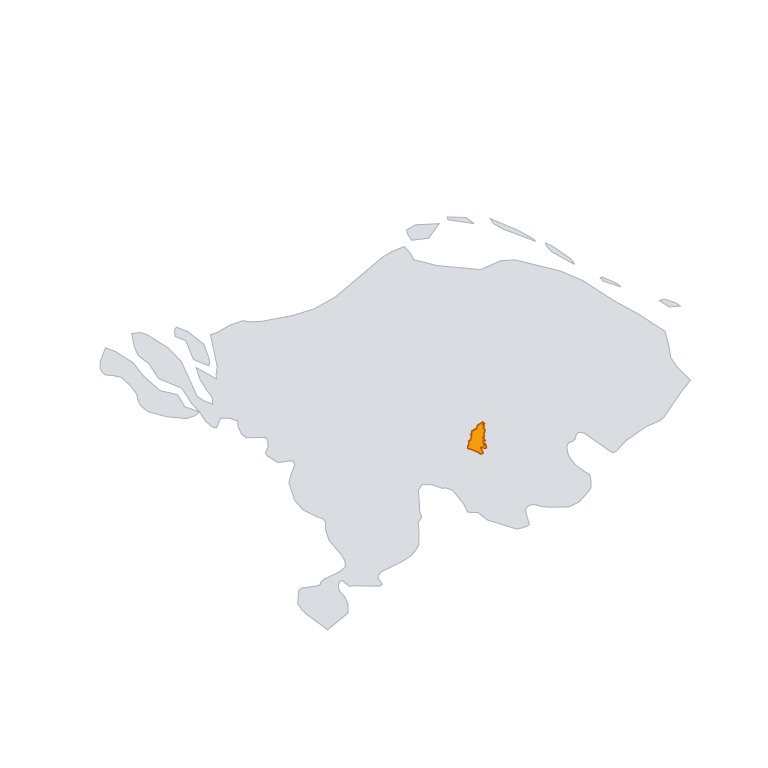 Voorst, Gelderland, Netherlands shown in context, rotated 35°
{"feature_id": "6326949B12732314693238", "entity_name": "Voorst", "entity_type": "district", "adm_level": 2, "iso_a3": "NLD", "parent_name": "Netherlands", "parent_adm1": "Gelderland", "projection": "equal_earth", "projection_center": [6.089, 52.237], "detail": "fine", "context": "in_parent", "style": "filled", "palette": "amber", "viewbox_px": 768, "rotation_deg": 35, "n_neighbors": 0, "source": "geoboundaries", "source_scale": "gbopen_adm2", "svg_char_len": 7056}
<svg xmlns="http://www.w3.org/2000/svg" viewBox="0 0 768 768"><g transform="rotate(35 384 384)"><path d="M478.7,617.7L465.5,617.3L453.1,617.0L446.5,616.1L439.5,613.6L436.3,608.5L432.5,602.2L433.5,598.4L445.2,587.6L446.9,584.6L445.7,583.0L446.9,578.2L455.9,562.1L457.1,555.6L453.1,551.1L447.3,548.4L428.6,543.6L419.8,536.9L415.7,531.0L411.5,529.4L405.4,531.3L389.9,533.5L377.3,530.4L362.5,519.2L359.2,509.3L357.4,501.7L353.7,499.1L348.7,503.0L342.3,509.2L329.9,509.9L326.3,508.5L325.7,505.1L325.1,501.8L321.7,497.7L318.0,495.5L302.1,506.9L296.2,506.8L288.8,502.5L285.2,498.2L277.0,500.6L269.7,505.9L272.1,515.9L268.1,517.7L259.1,516.8L249.0,512.7L237.7,510.2L220.6,503.4L196.5,508.9L179.9,502.3L166.1,501.6L157.5,496.3L148.4,487.3L155.1,481.5L161.5,479.4L186.8,478.3L205.2,481.9L238.1,501.3L246.5,501.1L255.4,498.7L250.9,493.4L242.7,490.9L230.4,485.6L220.7,478.3L243.8,475.9L240.7,472.1L237.7,465.7L213.7,443.2L217.9,437.1L224.2,424.0L232.0,413.2L238.1,410.3L248.1,402.6L270.0,380.2L284.0,362.0L294.4,340.3L310.0,281.0L314.5,271.0L321.8,259.8L330.8,261.9L337.1,265.1L359.3,256.7L397.6,234.9L408.9,216.1L419.9,207.3L463.6,190.3L487.7,185.2L524.9,183.9L551.8,180.8L584.0,179.7L596.4,190.2L603.6,197.9L615.1,202.2L632.9,205.1L632.0,220.4L632.3,250.5L631.0,255.8L623.1,268.6L614.8,291.5L612.6,306.6L610.0,309.4L576.0,309.4L571.1,312.0L570.5,315.2L572.2,319.1L571.4,323.0L568.7,326.2L570.2,331.2L576.2,336.9L587.0,340.4L598.5,340.7L604.4,340.1L608.8,344.2L613.1,350.4L612.9,358.3L611.2,369.0L605.8,378.8L590.1,390.1L583.1,394.1L576.5,396.2L573.3,399.2L571.8,403.0L572.2,406.4L583.4,415.5L583.2,417.6L580.0,422.3L575.7,426.8L546.7,436.1L534.7,435.4L527.8,440.0L525.7,440.9L518.1,436.6L501.2,431.7L494.8,433.4L491.3,436.1L480.6,439.3L473.0,444.5L473.0,451.0L486.5,468.1L491.2,471.4L491.4,477.8L498.0,485.8L504.7,495.8L505.4,502.2L504.7,508.7L501.2,517.9L489.5,539.4L489.3,543.5L490.3,546.7L494.3,547.5L497.4,549.2L496.5,552.0L474.5,567.0L471.6,569.6L462.4,568.9L461.0,571.4L462.2,575.4L465.8,579.0L473.7,580.8L480.4,584.6L485.9,592.1L478.7,617.7ZM249.0,512.7L247.0,518.9L241.9,525.7L224.5,535.6L206.4,542.1L197.2,541.3L190.9,537.9L187.5,534.3L177.9,530.9L164.8,529.2L156.5,532.9L150.5,536.4L145.4,535.8L141.6,532.9L138.7,528.4L135.1,514.1L145.0,511.5L166.3,510.5L182.7,515.5L204.4,517.9L221.1,511.1L234.0,516.9L249.0,512.7ZM213.8,454.8L226.3,463.7L229.0,466.6L229.9,469.6L213.8,473.2L196.8,462.2L185.5,464.8L181.3,459.6L181.3,456.4L193.1,453.7L213.8,454.8ZM337.0,239.0L324.2,250.4L316.5,247.2L314.3,244.6L318.3,235.7L337.2,221.0L337.0,239.0ZM393.6,188.6L381.7,189.9L376.3,187.6L405.1,181.3L423.3,179.4L426.5,180.2L393.6,188.6ZM470.8,176.9L445.6,179.5L437.1,177.5L435.7,175.7L442.5,174.6L464.0,174.3L470.6,175.9L470.8,176.9ZM365.8,201.0L342.1,212.8L340.1,210.9L355.4,200.7L365.8,201.0ZM573.5,157.2L561.7,157.7L565.1,153.5L576.0,150.3L581.9,150.3L573.5,157.2ZM522.4,168.6L504.5,174.0L500.1,172.9L501.2,171.3L516.9,168.0L522.4,168.6Z" fill="#d9dde1" stroke="#a8b0b8" stroke-width="1"/><path d="M492.8,363.3L492.4,363.3L492.5,363.4L492.0,363.4L491.4,363.5L491.0,363.4L490.8,363.2L490.5,363.2L490.5,362.9L490.4,362.6L490.4,362.3L490.4,362.1L490.5,361.9L490.6,361.6L490.1,361.5L490.0,361.1L490.0,360.9L490.0,360.7L489.7,360.6L489.4,360.6L489.2,360.6L488.5,360.6L488.3,360.6L488.2,360.4L488.3,360.3L488.2,360.2L488.3,360.0L488.5,359.9L488.8,359.9L488.9,359.4L489.0,359.2L489.1,358.8L489.1,358.7L487.9,358.5L487.4,358.5L487.4,358.4L487.4,358.5L486.5,358.4L486.5,359.3L486.3,359.6L486.2,359.8L486.1,360.0L485.9,360.5L485.6,361.1L485.4,361.6L484.2,364.3L484.2,364.5L484.7,365.7L484.9,366.2L485.1,366.6L485.3,366.9L485.3,367.4L485.3,367.5L485.2,367.6L485.1,367.8L485.0,368.0L485.2,368.3L485.2,368.5L484.9,368.6L484.7,368.6L484.4,368.6L484.2,369.0L484.3,369.1L484.5,369.4L484.5,369.8L484.4,370.0L484.2,370.1L484.1,370.3L484.0,370.2L483.8,370.2L483.8,370.3L483.7,370.5L483.8,370.6L483.7,370.7L483.7,371.0L483.6,371.4L483.4,371.8L482.9,371.7L482.9,371.8L483.2,372.3L483.3,372.3L483.4,372.5L483.2,372.6L483.3,372.9L483.4,373.4L483.6,373.6L483.9,373.9L484.1,374.0L484.3,374.5L484.2,374.6L484.1,375.1L484.1,375.3L484.0,375.8L484.2,375.7L485.0,375.8L485.2,376.0L485.7,376.2L485.7,376.3L485.7,376.5L485.8,376.5L485.8,376.8L485.9,377.1L485.9,377.3L485.9,377.6L486.0,377.8L486.2,378.1L486.2,378.4L486.3,378.5L486.4,378.9L486.4,379.0L486.5,379.2L486.6,379.3L486.6,379.5L486.8,379.9L486.9,380.0L487.0,380.1L487.1,380.3L486.9,380.4L486.6,380.5L486.3,381.4L486.3,381.5L486.3,381.8L486.1,382.0L486.1,382.3L486.4,382.6L486.6,382.7L486.8,382.9L486.8,383.0L487.0,383.1L487.2,383.4L487.4,383.6L487.5,383.7L487.7,384.0L487.8,384.4L488.2,385.4L488.3,386.0L488.2,386.2L488.0,386.4L488.0,386.5L488.4,387.2L488.6,387.4L489.0,387.8L489.3,388.1L489.3,388.3L489.5,388.8L492.4,387.8L492.5,387.7L493.4,387.5L493.7,387.4L494.0,387.3L495.0,387.1L495.9,386.9L497.0,386.6L497.3,386.5L498.0,386.4L498.4,386.3L499.3,386.2L499.4,386.3L499.5,386.3L499.7,386.2L500.0,386.1L500.3,386.0L500.4,385.9L500.5,386.0L501.0,386.0L501.3,386.0L501.3,385.9L501.6,385.9L502.0,385.9L502.0,386.0L503.2,386.1L503.3,386.1L503.5,386.0L503.6,385.9L503.8,385.5L504.3,385.1L504.4,384.9L504.5,384.8L504.7,384.2L504.8,384.0L504.8,383.9L504.7,383.6L504.5,383.3L504.4,383.2L504.1,383.0L503.9,383.0L503.5,382.9L503.2,382.8L503.1,382.7L502.6,382.3L501.8,381.6L501.6,381.5L501.3,381.4L501.1,381.4L500.9,381.4L500.5,381.4L500.4,381.4L500.2,381.3L500.0,381.1L499.9,380.9L499.8,380.7L499.8,380.3L499.9,380.2L500.0,379.9L500.1,379.7L500.4,379.5L500.6,379.5L500.8,379.5L501.3,379.5L501.5,379.5L501.8,379.5L502.0,379.5L502.2,379.4L502.5,379.2L502.9,379.1L503.3,379.1L503.6,378.9L504.2,378.4L504.3,378.3L504.3,378.2L504.3,377.9L504.3,377.6L504.3,377.2L504.2,377.0L504.1,376.9L503.9,376.7L503.6,376.4L503.3,376.3L503.0,375.9L502.8,375.8L502.4,375.6L502.1,375.5L502.0,375.4L501.8,375.2L501.6,374.9L501.1,374.7L500.7,375.1L500.8,375.1L501.0,375.1L501.3,375.2L501.4,375.3L501.2,375.4L500.9,375.3L500.7,375.1L500.7,375.3L500.8,375.3L500.9,375.5L501.0,375.8L501.0,376.0L501.3,376.2L501.5,376.3L501.3,376.4L501.3,376.5L501.2,376.6L501.1,376.8L500.8,376.9L500.7,376.7L500.8,376.5L500.8,376.3L500.8,376.2L500.6,375.8L500.5,375.7L500.4,375.6L500.0,375.6L499.8,375.5L499.6,375.4L499.4,375.4L499.2,375.3L498.9,375.3L498.7,375.2L498.4,374.9L498.1,374.5L498.0,374.4L498.0,374.1L498.0,373.8L498.0,373.7L498.1,373.4L498.3,373.3L498.6,373.1L499.0,372.9L499.3,372.7L499.5,372.5L499.6,372.3L499.6,372.2L499.3,372.0L499.0,371.9L498.7,372.0L498.3,372.0L498.2,372.2L497.6,371.9L497.4,371.8L497.3,371.7L497.2,371.6L496.9,371.6L496.6,371.5L496.4,371.5L496.0,371.5L495.8,371.4L495.7,371.4L495.6,371.2L495.7,370.6L495.8,370.5L495.9,370.4L496.1,370.2L496.4,370.0L496.4,369.9L496.5,369.8L496.0,369.6L495.9,369.5L495.8,369.4L495.7,369.2L495.6,368.7L495.5,368.2L495.4,368.1L494.9,367.7L494.6,367.4L494.4,367.3L494.3,367.1L494.2,367.0L494.1,366.8L494.0,366.6L494.0,366.4L494.1,365.8L494.1,365.6L494.0,365.4L493.8,365.1L493.5,364.8L493.3,364.7L493.2,364.5L493.2,364.3L493.2,364.1L493.1,363.8L492.8,363.5L492.8,363.3Z" fill="#f59e0b" stroke="#b45309" stroke-width="1.5"/></g></svg>